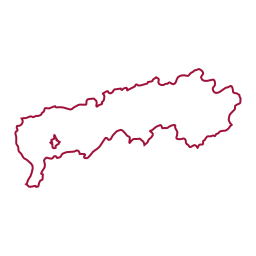 outline of Tadzhikistan Territories
{"feature_id": "TJK-368", "entity_name": "Tadzhikistan Territories", "entity_type": "Region", "adm_level": 1, "iso_a3": "TJK", "parent_name": "Tajikistan", "parent_adm1": "", "projection": "mercator", "projection_center": [69.993, 38.757], "detail": "fine", "context": "isolated", "style": "outline", "palette": "rose", "viewbox_px": 256, "rotation_deg": 0, "n_neighbors": 0, "source": "natural_earth", "source_scale": "10m", "svg_char_len": 5786}
<svg xmlns="http://www.w3.org/2000/svg" viewBox="0 0 256 256"><path d="M199.3,69.1L201.1,70.2L202.1,71.0L202.8,72.1L203.2,73.2L202.9,74.2L201.5,76.2L201.0,77.3L202.2,79.8L204.4,80.8L207.0,80.9L212.5,79.7L213.5,79.7L214.4,80.5L214.9,82.1L215.0,83.9L214.8,85.3L214.2,86.3L213.5,87.1L212.9,87.9L212.8,89.3L213.2,90.7L214.0,91.8L215.0,92.6L216.0,92.9L218.0,92.7L219.9,91.8L225.2,88.1L226.2,87.6L228.2,87.2L230.0,86.2L231.0,86.0L231.9,86.7L232.5,88.3L232.9,90.0L233.0,91.5L233.4,92.5L234.6,93.0L236.9,93.4L238.2,94.3L239.3,94.9L239.4,95.3L239.6,96.5L240.1,97.7L240.6,98.5L240.4,100.0L240.4,102.1L240.2,102.7L239.8,103.3L239.1,103.7L237.2,104.5L235.4,105.6L235.1,106.2L234.9,107.0L235.1,108.3L234.9,108.9L234.5,109.7L231.5,112.7L229.8,114.6L229.2,116.4L229.0,117.9L228.8,118.6L228.7,119.6L228.9,120.5L229.6,122.1L230.2,123.1L231.7,124.9L230.2,126.1L229.2,127.6L228.5,128.5L227.0,129.8L225.1,130.7L222.5,130.8L220.1,131.4L219.4,132.0L218.1,133.4L216.4,134.0L216.0,134.4L215.3,135.7L215.0,136.0L214.7,136.1L214.0,135.6L213.3,135.5L210.2,136.4L208.6,136.3L207.6,136.4L207.1,136.6L205.5,138.6L204.8,140.0L203.6,140.6L203.2,141.0L203.1,141.6L203.1,143.4L202.9,144.1L202.5,144.4L202.0,144.6L200.4,144.5L199.6,144.7L199.2,145.0L198.4,146.0L197.8,147.6L197.5,147.8L197.3,147.6L196.6,146.5L196.0,145.8L195.4,145.4L194.6,145.1L193.7,145.3L191.3,146.7L190.5,147.0L189.9,147.0L189.5,146.8L188.2,145.0L186.7,144.0L186.2,143.3L185.9,142.3L185.8,140.9L185.5,139.9L184.9,139.1L184.2,138.6L183.5,138.5L180.8,139.1L178.5,139.2L176.8,138.7L176.4,138.0L176.4,137.2L177.1,135.3L177.1,133.9L177.4,132.4L177.1,131.4L175.4,128.3L175.2,127.6L175.1,127.0L175.3,125.6L174.9,125.2L174.2,125.0L172.1,125.3L169.4,126.5L167.6,127.8L167.0,128.0L166.2,128.1L164.5,128.0L162.8,128.2L162.4,128.2L162.1,127.9L161.6,126.2L160.9,125.3L160.2,125.1L156.5,126.6L155.7,127.1L152.7,129.7L151.8,130.3L150.3,130.8L150.1,131.1L150.4,131.5L152.0,132.7L152.6,133.5L152.8,134.3L152.7,135.2L151.7,136.8L151.1,137.5L148.6,139.7L147.7,142.0L147.1,142.7L144.4,145.0L143.9,142.8L143.3,141.6L140.9,139.7L140.5,139.1L139.8,138.7L136.7,139.0L134.1,139.0L133.2,139.2L131.4,140.8L129.7,142.9L129.4,142.7L129.3,142.1L129.8,138.9L129.8,138.1L129.5,137.0L127.3,135.8L126.1,134.5L125.4,133.5L122.6,130.6L121.9,130.2L120.8,129.9L120.1,130.0L116.8,131.3L116.0,132.0L112.8,135.4L110.8,139.0L109.9,139.6L109.0,139.8L108.5,139.8L108.2,139.6L107.2,138.3L106.5,138.0L105.8,137.9L105.4,138.1L105.1,138.4L99.7,146.5L97.3,148.8L94.6,150.5L93.7,151.5L92.7,152.0L92.5,152.3L92.0,153.2L91.4,153.7L90.9,154.5L89.9,155.6L88.2,157.4L87.2,158.0L86.6,158.2L85.1,158.1L84.6,157.9L84.3,157.6L84.0,156.8L84.1,156.4L85.0,155.3L85.1,154.6L84.0,154.0L79.7,153.9L79.4,152.4L78.7,151.3L78.0,150.7L76.8,150.4L74.1,151.6L66.8,152.1L63.2,153.4L61.9,154.3L61.0,156.1L60.3,157.0L59.5,157.4L57.5,157.9L57.0,157.9L56.1,156.5L55.3,156.1L54.0,156.4L52.8,157.9L51.7,158.6L50.8,158.6L49.0,158.3L47.0,157.7L46.1,157.8L45.1,158.7L44.3,159.8L44.0,160.5L44.8,163.9L44.9,165.8L44.6,167.0L44.5,167.5L42.2,171.2L41.2,173.3L41.2,173.7L41.4,173.9L42.9,174.5L42.9,174.9L42.7,176.1L42.6,179.0L42.4,179.4L42.2,179.7L40.5,180.5L39.8,181.4L39.2,182.8L38.4,186.0L38.1,186.4L37.7,186.6L36.4,186.9L36.1,186.8L35.8,186.3L35.4,185.9L30.2,186.8L28.9,186.6L27.6,185.3L26.1,184.2L26.7,183.8L27.1,182.9L27.8,180.7L28.4,179.4L30.5,176.2L31.8,172.4L32.7,168.4L32.5,165.8L31.2,163.7L26.9,159.9L24.1,158.3L23.2,157.3L21.2,153.7L19.1,151.7L18.6,150.7L18.4,149.7L18.3,147.5L18.0,146.5L16.7,144.5L16.3,143.6L16.2,142.1L16.3,138.1L16.2,136.7L15.5,134.1L15.4,132.9L15.8,131.8L17.1,130.9L17.4,130.5L17.5,129.7L16.9,128.4L16.7,127.7L16.9,126.2L17.5,125.9L18.5,125.9L19.7,125.6L20.6,125.1L21.5,124.4L22.1,123.4L22.6,122.3L22.7,120.8L22.1,119.4L21.6,118.5L23.0,118.2L25.7,118.1L26.7,117.8L29.7,116.6L30.5,116.4L31.2,116.4L33.1,117.2L36.2,115.9L37.8,116.0L38.9,115.7L40.7,115.0L41.3,114.3L42.1,112.8L43.8,111.6L44.7,108.6L45.1,108.3L45.5,108.1L49.1,108.4L54.2,106.4L55.0,106.2L55.2,106.4L55.5,107.0L55.9,107.3L56.6,107.4L59.8,107.2L62.8,107.4L66.2,108.3L67.6,108.8L70.6,109.5L72.3,108.8L73.6,107.6L77.5,105.4L78.7,104.9L79.6,104.6L85.7,104.7L86.1,104.5L86.3,104.1L86.5,101.6L86.7,100.6L87.0,100.1L87.7,99.4L88.7,99.1L93.2,98.6L94.0,98.7L95.9,100.5L96.3,101.0L96.7,102.4L96.7,103.2L96.3,105.7L96.5,106.3L96.8,106.6L97.1,106.6L98.6,105.3L99.4,104.9L101.2,104.4L101.8,104.0L102.1,103.6L101.9,103.0L101.9,102.2L103.2,101.1L103.7,100.3L104.1,99.0L104.4,96.2L104.1,95.2L103.1,94.1L102.9,93.5L106.7,91.3L107.8,91.2L108.6,92.6L108.9,92.9L110.1,93.3L110.5,93.3L111.5,92.9L112.6,92.1L113.7,90.2L114.4,89.5L120.3,88.6L120.8,88.6L121.2,89.6L121.7,89.9L122.0,89.9L123.6,88.6L125.1,88.0L125.9,87.9L126.5,87.9L126.8,88.2L127.1,88.8L127.1,90.0L127.3,90.3L127.5,90.3L128.9,89.4L134.6,86.6L135.0,86.1L135.4,85.2L135.8,84.7L136.2,84.5L136.9,84.5L137.9,85.4L138.5,85.5L140.7,85.4L146.2,83.8L146.9,83.7L147.5,83.2L148.0,82.0L151.2,81.5L152.4,81.0L152.9,79.8L153.3,79.3L154.1,78.8L156.1,77.3L156.7,77.8L157.9,78.3L158.5,78.8L158.8,79.8L158.4,81.7L158.4,82.5L159.2,84.0L160.6,84.8L162.2,85.1L163.7,84.9L165.4,83.9L166.0,83.8L167.3,83.8L167.7,83.6L168.4,82.9L169.4,82.4L170.6,83.0L171.9,83.8L173.4,84.2L175.1,83.3L176.1,81.4L176.9,79.1L178.0,77.2L179.8,76.0L182.0,75.4L184.3,75.3L187.3,75.9L188.0,75.9L188.6,75.5L190.3,73.5L191.0,72.9L192.9,71.9L194.4,70.5L196.5,70.0L198.3,69.2L199.3,69.1ZM56.4,139.7L56.2,138.7L55.8,137.7L55.3,136.7L54.9,135.6L54.4,135.2L54.2,135.7L54.1,136.7L54.4,137.9L54.1,138.7L52.7,139.4L51.5,139.8L51.3,140.4L51.8,141.6L50.4,142.6L50.7,143.0L52.0,142.5L52.3,143.3L51.9,144.1L52.5,144.9L52.4,146.0L52.6,147.5L53.5,148.2L54.6,148.1L55.6,147.9L55.7,147.2L55.6,146.0L57.1,144.7L58.6,144.0L59.0,143.1L59.6,142.1L58.7,141.9L58.4,141.0L57.4,140.8L56.9,140.5L57.0,139.7L56.4,139.7Z" fill="none" stroke="#9f1239" stroke-width="2"/></svg>